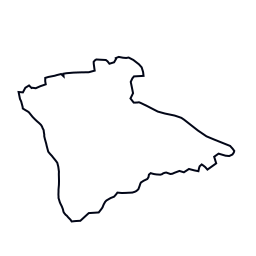 the district of Koysinjaq, Arbil, Iraq, rotated 343°
{"feature_id": "34846034B1648663074204", "entity_name": "Koysinjaq", "entity_type": "district", "adm_level": 2, "iso_a3": "IRQ", "parent_name": "Iraq", "parent_adm1": "Arbil", "projection": "mercator", "projection_center": [44.518, 36.037], "detail": "fine", "context": "isolated", "style": "outline", "palette": "ink", "viewbox_px": 256, "rotation_deg": 343, "n_neighbors": 0, "source": "geoboundaries", "source_scale": "gbopen_adm2", "svg_char_len": 2176}
<svg xmlns="http://www.w3.org/2000/svg" viewBox="0 0 256 256"><g transform="rotate(343 128 128)"><path d="M222.0,182.4L222.9,181.0L222.0,178.4L220.4,175.0L215.3,170.9L207.1,164.3L200.6,158.9L194.1,150.8L184.1,136.5L182.0,133.9L179.7,132.2L176.9,130.2L176.0,129.6L167.6,125.0L161.3,121.0L157.4,117.2L152.7,112.6L147.4,107.7L146.0,106.6L144.1,106.3L140.9,105.4L139.0,100.5L143.0,96.2L143.7,89.0L144.1,84.7L146.7,81.8L148.8,80.4L150.4,80.8L158.1,82.7L158.8,78.9L158.8,74.0L157.1,70.3L153.0,64.5L149.2,60.8L146.7,60.5L143.7,59.3L139.9,57.3L136.7,57.6L136.7,58.5L133.9,61.1L129.0,61.1L127.9,58.2L126.7,56.5L122.3,54.9L117.7,53.2L116.2,53.6L114.5,54.7L114.0,56.6L113.5,59.7L112.9,63.4L106.8,63.2L98.8,60.9L92.0,59.1L85.1,57.6L82.0,57.2L81.5,59.7L79.8,56.8L79.1,56.8L75.6,56.6L73.2,56.6L66.7,55.9L63.5,55.9L62.5,59.1L62.1,62.2L56.4,62.4L51.4,63.0L48.4,61.6L47.5,61.6L45.8,58.4L41.6,59.5L37.9,63.2L33.9,61.6L33.2,68.6L33.6,71.3L33.4,77.0L33.1,78.6L35.3,81.1L36.9,82.8L37.8,84.0L39.0,87.0L40.0,89.5L41.5,92.4L42.3,93.8L42.8,94.7L44.5,97.4L45.7,99.6L46.2,101.5L46.3,103.2L46.7,105.3L46.3,107.5L46.0,109.8L45.5,111.3L45.3,114.4L45.2,119.0L45.0,121.5L44.8,127.3L45.7,129.6L47.2,132.7L47.5,133.6L49.4,138.3L50.2,140.6L50.0,144.7L49.2,149.5L48.4,151.8L46.5,158.6L45.3,162.2L43.5,166.7L43.0,168.4L42.0,171.3L41.5,173.4L41.1,174.6L41.1,177.1L41.1,179.2L41.3,180.8L41.8,183.7L42.0,186.8L41.8,189.3L42.1,190.6L43.0,192.8L43.8,193.9L44.7,196.0L46.2,198.9L46.8,200.9L50.4,201.6L55.3,202.8L65.6,197.9L75.3,200.2L78.6,197.9L80.4,196.5L81.0,195.7L82.5,193.9L84.6,191.9L86.2,191.0L90.9,189.9L94.6,189.6L96.9,188.2L99.0,186.7L103.2,188.4L106.5,189.3L113.2,191.0L115.8,191.0L117.6,190.7L120.0,189.6L122.0,187.0L123.4,185.0L124.4,183.9L127.6,183.0L131.6,182.4L133.2,181.0L134.4,178.7L136.5,177.8L138.3,179.0L139.7,179.8L141.6,180.7L145.3,182.1L147.1,182.1L148.5,181.6L150.4,181.6L151.6,181.8L155.1,184.4L157.1,184.7L159.5,184.4L164.6,184.1L168.5,186.7L174.3,185.0L179.0,187.9L182.7,189.9L184.1,187.3L185.3,185.6L187.8,184.4L188.8,185.6L190.4,187.9L191.8,191.0L202.0,187.6L202.0,180.7L207.1,179.0L213.2,183.0L216.6,184.4L220.1,183.9L222.0,182.4Z" fill="none" stroke="#020617" stroke-width="2"/></g></svg>